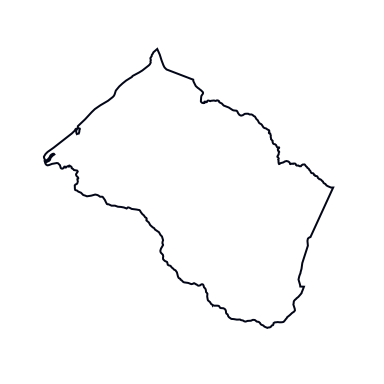 the district of Larde, Nampula, Mozambique, rotated 170°
{"feature_id": "85939544B26264863650897", "entity_name": "Larde", "entity_type": "district", "adm_level": 2, "iso_a3": "MOZ", "parent_name": "Mozambique", "parent_adm1": "Nampula", "projection": "mercator", "projection_center": [39.499, -16.364], "detail": "fine", "context": "isolated", "style": "outline", "palette": "ink", "viewbox_px": 384, "rotation_deg": 170, "n_neighbors": 0, "source": "geoboundaries", "source_scale": "gbopen_adm2", "svg_char_len": 5986}
<svg xmlns="http://www.w3.org/2000/svg" viewBox="0 0 384 384"><g transform="rotate(170 192 192)"><path d="M141.4,45.1L140.7,45.3L138.8,45.2L137.7,45.6L136.8,46.5L136.1,46.8L135.4,46.8L135.0,47.2L134.4,48.7L133.3,49.2L130.1,49.0L128.1,48.4L125.8,48.1L124.4,48.2L122.8,49.4L121.6,50.6L120.8,51.1L120.1,52.1L117.0,53.8L114.6,55.4L112.2,56.5L111.5,57.2L111.2,57.5L111.1,59.1L111.7,63.6L111.1,65.1L111.0,65.8L110.6,66.8L109.4,67.9L107.8,68.8L107.6,69.1L105.5,70.2L102.3,72.8L101.5,73.6L101.5,73.9L99.9,76.4L98.2,79.3L101.8,80.1L101.7,81.7L102.3,87.3L101.0,90.4L99.8,92.5L99.5,92.8L98.8,94.6L97.5,97.3L95.7,102.9L87.2,119.0L86.8,123.8L86.1,125.6L85.9,126.0L84.9,126.6L83.9,127.0L83.2,127.0L52.2,171.9L54.4,172.3L56.9,173.9L58.4,175.1L59.3,176.8L60.2,177.4L61.0,178.4L61.2,179.5L62.1,180.5L62.6,181.4L63.4,182.2L64.4,182.5L64.8,183.3L65.3,183.7L65.6,184.1L65.7,185.1L65.9,185.6L66.7,186.1L67.8,186.4L68.1,187.3L68.9,187.7L69.0,188.8L69.5,189.4L70.8,189.8L71.4,190.4L71.9,192.4L72.6,193.3L73.0,194.6L74.2,195.8L74.5,196.7L75.3,197.6L76.1,199.3L76.4,199.6L78.2,199.8L79.6,199.2L80.2,198.5L81.2,198.6L81.9,198.9L82.6,199.6L84.3,199.9L84.9,200.6L84.9,201.2L85.6,202.1L86.8,202.4L87.6,202.1L88.5,202.6L90.2,202.4L90.6,202.7L90.6,203.5L91.0,204.4L92.0,205.4L93.6,206.1L95.5,205.9L96.8,205.3L100.1,205.0L100.9,204.4L101.4,204.4L101.6,204.8L101.6,206.7L101.3,207.7L101.5,209.0L100.8,209.7L101.1,211.1L101.7,211.6L101.8,211.9L101.1,213.1L100.2,213.8L99.7,215.7L99.2,216.2L99.2,216.8L100.1,217.7L100.1,218.9L99.9,219.3L98.8,220.0L98.5,220.4L98.7,220.9L99.5,220.9L100.3,221.2L100.7,222.1L101.0,223.5L101.8,224.5L103.0,225.0L103.7,225.7L104.0,227.5L103.7,228.3L105.0,230.3L104.8,231.2L105.0,232.6L104.6,233.6L104.8,235.9L105.0,236.2L105.6,236.2L105.9,236.5L106.0,236.9L105.8,237.7L105.4,238.0L105.3,239.1L105.7,239.7L106.8,240.4L108.0,241.7L109.5,242.4L110.4,243.2L111.6,246.1L112.1,246.8L113.5,247.9L114.0,248.6L114.8,251.2L115.9,252.6L116.9,255.3L118.1,256.2L118.9,257.3L119.9,258.0L121.9,258.4L123.1,259.3L126.0,259.8L126.7,259.7L128.7,258.8L130.4,258.7L131.4,259.3L132.1,260.0L133.0,261.9L133.4,263.5L134.0,264.3L137.0,265.2L137.8,265.7L141.1,268.8L145.7,271.6L146.1,272.1L147.2,273.9L149.4,275.6L149.7,276.3L149.8,277.0L150.2,277.1L150.5,277.6L151.5,277.9L152.6,277.6L153.2,277.7L154.5,278.3L157.6,278.5L158.1,278.3L158.9,278.6L159.4,279.0L160.1,279.2L160.7,279.2L161.3,278.8L161.8,278.0L162.5,278.0L163.5,278.8L164.0,278.7L164.0,277.9L164.3,277.5L165.5,277.6L166.6,278.1L167.5,279.4L167.5,279.9L166.5,283.8L166.0,285.1L164.2,286.9L163.9,287.6L163.9,288.3L165.3,290.4L166.7,291.9L167.5,292.9L168.2,293.5L169.9,295.7L171.2,300.1L171.4,301.0L171.3,302.4L195.8,317.1L197.4,319.4L198.1,321.6L199.1,326.8L199.9,332.9L201.4,338.9L205.7,336.3L206.8,334.8L207.4,334.3L207.8,333.9L208.1,332.8L209.7,331.1L209.8,330.4L209.6,329.1L210.2,328.0L210.2,326.6L211.3,325.1L212.5,324.2L219.8,320.3L223.3,318.9L230.0,316.7L230.6,316.4L231.1,315.8L237.5,313.2L241.5,311.0L245.3,308.6L249.4,305.1L251.3,301.5L252.2,300.3L253.5,299.3L258.9,296.4L267.2,293.3L273.3,290.5L277.0,288.0L284.6,282.2L292.3,277.1L293.0,276.6L293.2,275.0L292.9,274.4L291.8,274.1L291.5,273.9L291.5,273.5L292.3,272.0L292.5,270.9L293.4,269.2L294.6,269.2L295.3,269.0L295.6,270.2L295.5,272.0L295.2,272.8L294.0,274.2L294.3,274.4L295.2,274.4L295.8,274.1L296.9,272.7L300.2,270.5L320.7,259.6L327.3,256.5L329.7,254.8L331.7,252.5L331.8,251.5L331.3,249.4L330.9,248.6L330.5,248.5L329.3,248.6L328.2,249.2L326.4,250.7L325.1,252.5L324.1,253.2L322.8,253.7L322.0,253.8L321.4,253.6L321.0,252.9L323.1,251.9L325.2,250.3L326.3,248.3L327.4,247.5L331.1,246.5L331.6,246.9L331.4,245.4L330.9,244.3L330.0,243.5L329.4,243.3L328.0,243.4L324.9,244.0L320.1,244.0L319.0,243.6L317.4,241.3L317.1,238.6L316.8,238.1L315.9,237.5L314.7,237.7L313.3,239.1L312.7,239.0L312.5,238.1L311.9,238.0L311.1,238.6L309.9,239.0L309.5,239.0L309.0,238.4L308.7,238.4L308.6,239.0L308.4,239.3L308.0,239.3L307.2,238.4L306.7,238.1L306.2,237.2L306.3,236.3L304.9,235.0L304.4,234.1L301.5,233.1L301.2,232.7L301.0,231.9L302.9,229.9L303.2,229.2L303.1,228.5L302.8,227.6L301.7,226.1L301.6,225.3L301.9,224.9L302.6,224.7L302.7,224.4L302.6,222.2L303.5,220.4L304.3,219.8L305.3,219.7L306.3,218.9L306.8,215.3L306.6,214.2L304.9,213.3L303.9,212.1L301.5,210.6L299.6,207.9L297.8,207.0L296.2,206.0L291.9,205.9L287.8,206.3L286.0,205.6L284.9,204.9L283.3,203.3L281.2,202.9L280.7,202.5L279.0,198.9L278.8,197.7L277.9,195.0L277.3,194.6L276.3,194.4L273.6,192.5L270.2,191.9L267.6,190.4L264.5,189.6L261.8,188.6L259.2,187.1L257.9,187.9L257.1,187.8L255.8,187.0L254.3,185.8L249.8,184.4L246.9,183.3L246.4,182.6L245.9,181.1L244.7,178.8L243.5,177.4L242.5,175.2L241.5,174.4L241.3,173.7L241.3,173.2L241.8,172.4L241.8,171.9L239.8,169.5L238.9,166.7L236.8,164.0L235.5,162.9L235.0,161.5L231.5,158.1L230.5,155.2L229.3,153.4L228.9,149.9L228.9,149.4L229.5,148.4L230.0,146.9L230.0,146.1L229.7,145.5L229.7,144.8L232.4,141.6L233.3,139.8L233.4,139.2L233.4,138.4L233.1,137.5L231.6,135.3L231.5,133.7L232.0,132.2L232.1,130.8L231.7,130.1L230.7,128.8L228.8,127.5L228.6,126.8L228.5,124.6L227.8,123.9L226.0,123.0L225.0,121.1L223.9,119.9L223.2,118.7L221.9,117.8L220.8,115.5L220.5,111.2L220.0,109.6L218.6,108.5L218.5,107.7L217.2,106.4L216.5,105.2L215.5,104.4L211.5,103.1L208.7,101.4L207.1,101.4L206.4,101.8L205.5,101.7L204.6,100.9L204.5,100.6L203.6,100.2L202.6,99.0L201.8,98.6L200.5,98.6L198.8,99.4L198.0,99.4L197.2,98.9L196.9,98.1L196.7,96.0L195.7,94.6L195.4,93.2L195.5,91.0L194.7,89.7L194.5,89.1L195.2,86.4L195.2,83.1L195.0,82.4L193.4,80.5L192.6,78.4L191.2,77.1L191.2,76.9L191.1,77.0L189.9,76.2L186.1,75.5L185.1,74.8L184.5,73.2L183.8,72.7L181.1,72.0L179.9,70.9L179.4,69.8L179.3,68.9L179.4,67.4L179.3,66.4L178.2,65.2L177.9,63.4L177.3,62.2L175.4,60.3L174.8,60.0L173.3,59.7L169.9,58.5L166.9,58.1L166.1,57.4L164.1,56.6L163.0,55.6L162.2,55.2L161.5,55.1L159.6,55.4L156.3,55.0L154.5,55.5L153.7,55.4L152.6,55.1L152.0,54.7L150.8,53.2L148.9,52.5L147.9,51.4L147.3,49.9L146.8,49.3L144.9,48.1L144.1,46.9L141.4,45.1Z" fill="none" stroke="#020617" stroke-width="2"/></g></svg>